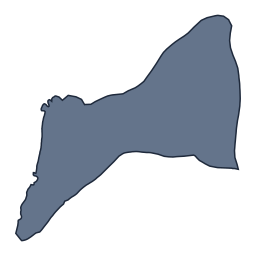 Al Had, Lahij, Yemen (Equal Earth projection)
{"feature_id": "15242507B34895471289505", "entity_name": "Al Had", "entity_type": "district", "adm_level": 2, "iso_a3": "YEM", "parent_name": "Yemen", "parent_adm1": "Lahij", "projection": "equal_earth", "projection_center": [45.197, 13.951], "detail": "fine", "context": "isolated", "style": "filled", "palette": "slate", "viewbox_px": 256, "rotation_deg": 0, "n_neighbors": 0, "source": "geoboundaries", "source_scale": "gbopen_adm2", "svg_char_len": 3960}
<svg xmlns="http://www.w3.org/2000/svg" viewBox="0 0 256 256"><path d="M238.3,169.3L238.1,168.5L237.1,164.5L234.9,157.5L234.5,151.0L234.5,150.3L234.7,148.3L235.0,144.3L235.1,143.0L235.3,141.3L235.8,135.5L236.0,133.7L236.2,131.4L236.2,130.8L236.5,127.8L237.5,120.5L238.5,115.4L238.8,113.3L239.8,106.1L239.9,103.9L240.1,101.1L240.2,98.5L240.0,90.9L239.8,87.9L239.7,84.8L239.6,83.2L238.9,77.3L238.8,75.6L237.8,68.3L237.4,67.0L235.7,62.0L235.6,61.6L235.1,60.4L232.9,55.1L230.5,47.9L229.8,42.3L229.6,40.4L230.3,33.1L230.9,30.0L231.3,27.7L231.6,26.2L231.7,25.9L229.2,21.0L228.6,19.7L223.6,16.2L218.1,15.4L217.5,15.4L217.4,15.4L215.1,15.8L207.1,17.7L201.6,20.2L200.9,20.7L193.7,27.4L189.6,31.6L188.1,33.1L184.1,36.1L179.9,38.8L175.5,41.8L172.2,44.4L170.9,45.5L166.7,49.1L163.5,52.4L161.1,55.9L156.9,62.7L156.6,63.2L151.8,70.4L146.5,77.7L145.6,79.0L143.9,81.4L141.2,83.6L138.3,85.8L136.0,87.3L135.2,87.8L128.4,90.7L123.0,93.8L121.5,94.0L112.6,94.9L111.9,95.0L110.4,95.3L107.6,96.0L104.7,97.2L99.7,99.5L95.3,101.6L90.9,104.3L84.9,104.5L84.6,104.6L83.9,103.5L81.5,99.4L76.0,96.8L68.3,95.4L68.2,95.4L63.2,99.6L62.4,100.3L61.8,99.7L59.0,97.0L57.7,96.6L55.9,96.0L55.1,96.0L54.4,96.6L53.6,97.1L52.8,97.5L52.2,98.3L51.7,99.1L51.8,100.2L51.7,101.3L51.0,100.7L50.3,100.1L49.4,99.7L48.5,100.1L47.9,101.0L47.9,102.0L48.2,103.3L48.6,104.2L49.0,105.1L49.0,106.2L48.2,106.7L47.4,106.2L46.7,105.6L46.2,104.8L45.5,104.3L44.7,103.8L43.8,104.0L43.1,104.7L42.5,105.6L42.1,106.7L41.6,107.7L41.2,108.8L41.2,109.9L41.8,110.7L42.7,110.7L43.5,110.8L44.3,110.9L45.1,111.6L45.0,112.8L44.8,113.8L44.5,114.9L44.3,115.9L43.8,117.0L43.5,118.2L43.3,119.2L43.1,120.4L42.8,121.4L42.6,122.6L42.5,123.7L42.4,124.9L42.2,126.1L42.1,127.4L41.9,128.7L42.0,129.8L42.0,130.8L42.0,131.9L42.1,133.0L42.1,134.0L42.1,135.3L42.1,136.3L42.0,137.5L41.8,138.6L41.6,140.0L41.6,141.5L41.4,142.7L41.3,143.8L41.3,144.2L41.3,145.3L41.1,146.6L41.0,147.9L40.8,148.9L40.7,149.2L40.5,150.3L40.1,151.5L39.9,152.6L39.7,154.0L39.4,155.0L39.2,156.1L38.9,157.3L38.7,158.5L38.4,160.0L38.2,161.1L37.9,162.1L37.6,163.1L37.3,164.1L37.0,165.2L36.8,166.3L36.8,167.4L36.7,168.6L36.5,170.0L36.3,171.2L36.1,172.2L35.8,173.3L34.9,173.1L34.2,172.6L33.4,172.6L33.3,173.7L33.3,174.8L34.0,175.6L34.9,175.9L35.7,176.0L36.6,176.4L37.4,177.1L37.9,178.0L37.7,179.1L37.2,180.1L36.7,180.9L36.0,181.6L35.2,182.1L34.1,182.7L34.1,183.8L33.7,184.8L32.9,184.9L31.0,184.6L30.6,185.5L30.1,186.5L29.6,187.3L28.9,188.1L28.2,188.9L27.7,189.9L27.2,191.2L26.7,192.2L26.7,193.3L26.8,194.2L26.8,194.3L26.8,195.5L26.5,196.5L26.1,197.7L25.8,198.8L25.3,199.8L24.7,200.7L24.0,201.6L23.3,202.6L22.7,203.3L22.2,204.1L21.6,205.1L21.2,206.1L20.8,207.2L20.8,208.4L21.0,209.5L21.0,210.7L20.7,211.7L20.7,213.0L20.7,214.1L21.1,215.1L21.5,216.1L21.5,217.2L21.3,218.2L20.7,218.9L19.9,219.4L19.1,219.8L18.3,220.3L18.1,221.3L18.2,222.1L17.8,225.3L16.5,230.6L15.8,233.4L20.4,239.2L21.6,240.6L22.4,240.6L23.9,240.3L25.7,239.8L27.7,238.9L29.7,237.6L31.3,236.5L33.0,235.2L34.5,234.0L36.1,232.9L38.0,232.4L39.7,232.0L41.2,230.4L42.5,228.8L44.0,226.8L45.5,224.9L46.8,223.3L48.3,221.3L49.5,219.5L50.9,217.5L52.5,215.7L53.3,214.7L54.0,213.7L55.6,211.8L57.1,210.2L58.7,208.5L60.2,206.9L62.0,205.3L63.5,204.1L64.7,201.2L66.3,200.6L68.1,199.9L69.6,198.6L71.6,197.1L73.5,196.0L75.2,194.9L76.8,193.6L78.3,192.0L79.8,190.4L81.3,189.0L83.2,187.4L83.3,187.3L84.9,186.1L86.5,184.9L88.3,183.9L90.0,182.8L92.0,181.6L93.6,180.5L95.6,179.0L97.2,177.5L98.9,176.2L100.7,174.7L109.1,166.3L113.3,162.2L114.0,161.5L119.0,156.1L121.0,154.8L122.7,153.7L124.5,152.9L126.6,152.5L128.5,152.2L130.5,152.0L132.3,151.7L134.3,151.6L136.1,151.5L138.1,151.6L139.9,151.8L142.0,152.1L144.4,152.3L146.6,152.5L148.9,152.5L150.9,152.7L158.1,154.2L164.2,156.3L168.5,156.8L173.0,157.0L176.9,156.6L184.1,156.2L193.7,155.1L195.3,156.0L196.9,157.9L198.9,159.9L199.4,160.4L202.4,162.1L205.2,163.8L209.7,166.1L217.5,167.6L231.9,168.2L232.6,168.5L234.5,168.5L238.3,169.3Z" fill="#64748b" stroke="#1e293b" stroke-width="1.5"/></svg>